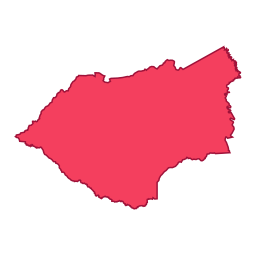 outline of Astrea, Cesar, Colombia
{"feature_id": "7082276B48671387332315", "entity_name": "Astrea", "entity_type": "district", "adm_level": 2, "iso_a3": "COL", "parent_name": "Colombia", "parent_adm1": "Cesar", "projection": "mercator", "projection_center": [-73.95, 9.507], "detail": "fine", "context": "isolated", "style": "filled", "palette": "rose", "viewbox_px": 256, "rotation_deg": 0, "n_neighbors": 0, "source": "geoboundaries", "source_scale": "gbopen_adm2", "svg_char_len": 5763}
<svg xmlns="http://www.w3.org/2000/svg" viewBox="0 0 256 256"><path d="M234.6,118.8L231.1,112.6L229.1,112.8L228.5,112.5L228.5,111.6L230.1,111.3L230.6,110.9L230.7,110.5L230.2,109.9L228.8,109.7L227.9,109.0L227.0,107.8L227.1,106.8L227.4,106.4L227.9,106.4L228.1,107.5L228.7,108.0L230.5,107.7L230.8,106.7L230.3,105.9L229.1,105.0L229.1,103.8L228.7,103.2L226.3,101.1L226.2,99.6L225.2,97.9L226.2,96.6L226.3,96.0L226.0,95.4L224.8,94.9L224.6,94.0L225.4,93.5L227.0,94.4L227.1,92.8L229.3,92.4L229.2,92.1L228.1,92.1L227.4,91.5L227.4,90.2L228.1,89.5L228.4,88.4L228.3,87.9L226.8,87.3L226.6,85.8L226.9,85.0L228.6,84.1L229.3,83.4L229.3,82.5L230.1,82.5L231.4,81.3L231.9,81.4L233.6,80.6L233.3,79.9L234.5,79.2L234.7,78.7L235.1,78.7L235.2,78.2L236.6,78.2L237.5,77.6L237.9,78.1L238.7,77.7L240.0,77.9L240.5,77.6L240.6,77.2L240.1,76.7L239.9,75.8L238.8,75.9L239.4,75.4L238.9,74.6L239.1,73.3L240.3,73.1L240.4,72.4L238.7,71.3L237.7,71.5L237.8,70.7L236.3,70.7L236.4,70.4L237.3,69.8L236.8,68.8L235.9,70.0L235.6,69.7L235.4,68.2L236.5,67.4L235.6,67.1L235.0,66.0L236.1,66.2L236.4,64.9L235.1,64.8L234.6,64.0L235.8,64.0L236.3,63.6L236.4,62.4L236.0,62.2L235.0,62.5L234.6,62.2L236.1,61.0L234.6,61.5L234.6,60.9L233.4,60.6L233.4,59.6L232.0,60.5L231.9,59.5L230.9,59.3L230.9,58.5L231.5,57.9L231.6,57.3L231.3,57.0L230.6,57.6L229.0,57.8L228.9,57.4L229.9,56.5L228.4,55.9L229.9,54.8L228.9,54.3L228.9,52.9L228.6,52.9L228.1,53.7L227.9,52.9L227.1,53.0L226.8,52.4L227.1,51.5L228.2,50.6L228.2,50.0L227.4,50.5L226.5,50.5L226.9,48.9L226.6,48.5L226.0,49.6L225.0,49.8L225.3,49.4L224.6,48.9L224.3,47.5L223.2,47.7L222.5,48.3L223.0,47.2L183.0,69.4L180.8,67.6L180.1,67.8L179.0,69.6L178.1,70.2L175.9,69.5L175.1,67.2L173.7,65.6L174.3,63.1L174.4,61.7L174.1,61.2L172.5,60.3L170.4,60.2L168.9,60.5L167.3,59.7L165.1,61.5L164.9,62.6L164.1,63.1L163.5,63.1L163.4,63.6L162.5,65.0L159.9,65.8L157.1,68.9L155.4,68.1L153.8,66.7L151.6,66.5L149.7,67.2L148.4,68.6L146.9,69.5L146.5,70.2L145.0,69.2L144.3,70.4L141.0,71.2L139.0,71.1L138.0,71.4L134.7,73.3L133.5,74.6L133.0,75.6L131.0,75.7L129.2,76.7L127.4,76.5L122.7,77.5L117.7,78.1L110.9,78.4L109.5,79.1L110.4,81.3L108.0,82.7L104.7,82.1L103.1,80.7L103.7,79.5L103.7,78.1L104.8,76.0L102.9,75.4L99.7,73.2L98.9,72.9L95.0,72.8L95.2,75.0L95.0,76.5L92.7,75.1L88.1,75.2L85.9,75.7L78.7,75.5L78.3,76.3L76.5,77.1L75.9,79.0L74.3,80.9L73.1,81.5L71.6,83.5L70.8,85.0L70.6,86.6L68.7,88.8L68.2,90.8L66.3,90.8L64.9,91.9L64.2,92.0L62.6,90.1L61.9,89.7L60.6,90.2L60.1,91.7L59.2,92.5L58.3,92.6L57.9,93.4L57.0,94.0L56.6,95.9L55.7,97.2L55.1,97.6L53.6,97.7L52.4,99.8L51.9,102.2L50.1,103.0L48.9,104.9L47.6,106.1L46.2,106.5L45.2,107.4L43.9,109.6L42.5,110.1L41.1,112.0L41.1,113.6L40.1,115.2L39.2,118.1L39.6,118.3L39.6,118.7L37.8,120.1L37.3,121.4L36.4,121.7L35.5,121.1L34.3,121.6L33.2,121.2L32.6,121.3L32.5,122.0L33.0,123.1L32.9,123.6L31.3,125.2L29.2,125.5L28.3,127.7L28.3,128.8L27.7,129.4L27.6,130.2L26.1,130.2L25.7,130.8L24.8,131.0L24.4,132.2L20.6,133.0L20.2,133.9L19.6,134.4L16.4,135.0L16.3,135.8L15.4,136.6L16.7,137.5L18.0,137.6L19.2,139.2L19.7,141.3L25.4,141.8L25.3,143.4L25.8,143.5L26.1,144.3L26.5,144.3L26.3,144.8L26.7,145.1L27.4,145.0L28.4,145.7L28.8,145.3L30.0,146.2L30.0,145.8L30.7,145.9L30.5,145.6L30.7,145.1L31.6,145.3L31.8,145.0L32.1,145.6L32.6,145.0L33.3,146.1L34.4,146.4L36.5,148.0L36.8,148.0L37.0,147.3L37.8,147.7L39.7,147.8L40.4,147.1L41.2,147.3L43.1,150.1L43.9,152.9L44.7,154.4L46.3,155.1L49.2,158.1L50.4,158.5L52.0,159.7L53.5,161.6L55.5,161.8L55.8,163.2L57.3,163.6L58.4,164.5L59.3,165.8L59.3,167.8L60.8,169.5L61.0,170.4L61.5,170.8L61.9,172.2L63.6,172.2L64.6,173.3L65.2,174.8L67.2,176.3L67.7,177.3L69.0,178.5L70.0,179.0L70.9,180.0L72.5,180.8L73.9,180.9L74.3,181.5L75.9,181.2L77.6,181.5L78.8,180.3L80.0,180.1L80.6,180.5L80.5,181.6L81.2,182.7L82.2,182.9L83.0,183.5L84.5,183.2L85.4,184.1L86.8,184.2L87.3,184.8L87.0,185.5L87.7,186.3L87.8,186.8L89.2,187.0L90.5,188.3L91.2,188.3L91.4,189.0L93.4,190.9L93.5,191.4L94.6,192.1L94.7,192.6L94.4,193.1L95.2,193.8L95.5,195.4L96.2,196.0L96.7,195.5L98.3,195.2L98.7,195.6L98.5,196.2L98.9,196.4L98.8,197.0L101.4,198.6L102.0,198.2L102.0,197.6L102.7,197.5L103.4,196.9L104.3,196.8L104.7,196.4L105.3,196.3L106.1,197.0L107.2,196.8L108.0,197.4L108.6,197.3L108.8,198.1L109.7,198.6L110.1,199.3L111.3,199.4L111.9,199.9L111.8,201.2L114.1,201.4L114.7,202.0L116.0,201.7L116.9,201.9L117.2,201.5L118.8,201.2L119.3,200.6L120.9,201.6L121.2,201.0L123.0,201.5L123.6,203.0L125.3,203.9L125.0,204.7L125.8,205.4L126.1,205.0L126.8,205.3L127.6,204.5L128.0,204.9L129.3,205.2L129.9,206.0L130.4,205.8L130.8,206.9L131.7,207.2L132.1,208.0L133.2,208.1L133.8,208.7L134.5,208.8L135.3,208.4L136.1,208.6L136.7,208.1L137.4,206.9L137.9,207.3L138.3,206.6L139.6,205.9L142.3,205.6L143.1,206.3L143.6,205.9L144.4,206.2L145.4,205.7L145.3,205.1L146.4,204.5L146.5,203.1L147.3,202.5L147.1,200.0L147.4,199.3L148.4,199.3L148.8,198.8L149.2,199.1L151.1,198.8L152.5,199.2L153.0,197.7L154.7,199.0L157.1,198.8L157.1,182.3L158.8,180.5L159.3,178.2L160.8,175.5L161.8,174.7L164.4,171.6L166.1,170.5L168.5,167.8L170.5,167.5L172.4,167.6L175.5,166.3L177.8,163.8L178.0,163.0L178.7,162.6L179.0,162.0L180.0,161.8L181.3,162.2L182.6,159.8L184.0,159.5L186.1,158.6L186.7,157.4L187.7,157.6L188.2,158.5L190.1,158.2L192.2,159.7L193.7,159.2L196.1,159.5L197.5,158.9L199.2,158.8L200.9,160.6L202.0,160.8L203.5,160.0L204.4,158.9L205.2,158.5L205.1,157.7L206.4,156.5L207.1,154.1L209.0,153.9L210.0,153.0L213.4,153.2L214.3,152.9L215.4,153.6L229.9,152.7L229.5,151.9L229.4,150.9L228.4,150.3L228.6,149.5L228.1,147.1L226.4,142.4L225.2,140.5L225.1,139.5L225.5,137.7L226.0,136.9L226.6,137.1L227.6,138.2L232.5,137.1L230.8,135.9L230.5,135.1L232.0,133.2L234.1,129.1L233.8,127.1L232.4,125.4L232.2,124.8L233.4,122.4L233.1,121.6L230.4,119.9L230.0,119.0L230.8,118.2L233.5,119.4L234.3,119.5L234.6,118.8Z" fill="#f43f5e" stroke="#9f1239" stroke-width="1.5"/></svg>